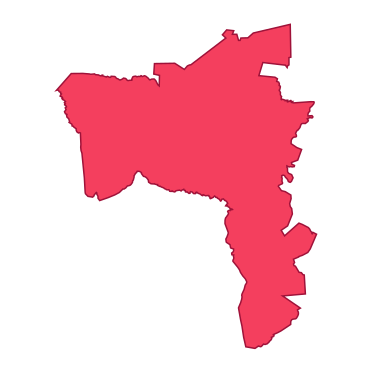 outline of Tierra Nueva, San Luis Potosí, Mexico, rotated 86°
{"feature_id": "50627088B99864279855032", "entity_name": "Tierra Nueva", "entity_type": "district", "adm_level": 2, "iso_a3": "MEX", "parent_name": "Mexico", "parent_adm1": "San Luis Potosí", "projection": "natural_earth1", "projection_center": [-100.486, 21.645], "detail": "fine", "context": "isolated", "style": "filled", "palette": "rose", "viewbox_px": 384, "rotation_deg": 86, "n_neighbors": 0, "source": "geoboundaries", "source_scale": "gbopen_adm2", "svg_char_len": 5897}
<svg xmlns="http://www.w3.org/2000/svg" viewBox="0 0 384 384"><g transform="rotate(86 192 192)"><path d="M350.2,149.1L352.4,140.1L351.4,138.2L350.6,137.2L350.6,136.6L350.3,136.2L351.1,134.7L351.0,133.8L350.0,132.5L348.7,131.3L349.2,129.8L348.6,127.4L348.0,126.8L347.1,125.6L346.3,125.2L345.5,123.9L344.2,122.9L343.5,122.6L342.5,122.9L342.2,122.0L342.2,121.5L341.5,121.0L341.3,120.3L340.2,120.2L339.8,120.6L338.4,116.6L336.8,113.0L331.0,102.8L328.0,102.5L326.4,101.5L325.9,100.2L325.7,97.4L325.1,96.6L323.6,95.5L321.7,94.5L320.6,94.3L319.1,94.3L318.1,94.9L316.9,95.0L315.4,92.0L302.0,108.9L301.6,86.0L282.6,85.8L282.2,87.1L280.1,88.5L279.6,90.8L273.2,94.0L272.6,95.4L270.9,95.8L269.5,94.6L266.1,95.5L264.4,90.5L264.0,90.2L264.1,89.9L263.7,89.5L262.9,86.4L260.4,80.7L257.0,78.0L242.8,70.7L240.7,74.2L242.0,75.1L241.7,75.3L240.9,75.1L239.4,76.3L237.2,77.2L235.6,78.4L232.0,84.3L230.5,87.5L242.2,102.7L236.4,105.7L232.5,99.0L220.9,93.4L215.5,93.7L213.4,95.0L210.4,95.4L205.6,93.6L201.9,93.6L198.1,99.0L196.9,102.7L192.3,105.5L191.5,105.1L190.0,101.3L189.3,101.0L187.5,101.5L184.4,101.1L183.7,101.6L183.1,101.3L182.0,101.4L181.6,100.4L181.6,99.5L182.2,98.5L183.9,97.7L185.3,96.4L186.7,95.6L188.2,95.2L188.9,94.2L189.2,93.3L188.4,92.1L184.9,90.2L181.6,91.4L180.1,94.3L178.8,95.1L178.1,95.3L175.1,95.1L174.0,95.6L172.6,95.5L173.8,93.4L173.5,91.7L174.0,90.4L173.8,88.2L172.6,87.9L171.3,90.5L169.5,90.7L167.6,84.3L157.2,79.7L155.0,84.3L150.7,89.8L147.4,89.4L146.1,88.7L144.8,87.4L144.4,86.5L144.3,84.6L143.9,84.0L142.7,83.9L140.6,84.6L138.4,83.2L137.7,82.5L137.6,81.9L135.2,79.8L132.3,78.6L131.5,77.8L131.3,76.6L131.6,74.2L129.7,71.4L128.4,70.9L127.9,71.6L126.8,71.9L126.5,70.4L125.9,69.2L126.4,68.0L126.4,66.8L126.1,66.4L125.2,66.2L124.2,67.0L124.2,70.9L122.8,71.0L121.1,70.4L119.5,68.8L117.7,68.9L116.0,68.3L115.0,66.7L112.8,64.6L111.4,63.9L110.5,64.1L110.2,67.2L110.2,84.3L109.7,86.1L108.8,85.3L108.8,86.2L108.5,86.4L108.8,86.5L108.5,87.7L107.8,87.6L108.8,90.2L108.6,90.6L107.6,90.1L107.4,90.5L107.4,91.6L107.1,91.2L107.1,92.3L105.8,95.2L106.1,96.4L105.7,96.6L105.3,96.3L104.4,96.5L103.0,96.0L102.0,96.8L100.6,97.1L99.1,96.8L97.2,97.5L97.0,97.8L96.4,97.9L95.7,97.2L93.2,96.5L92.0,97.0L91.8,97.6L90.1,97.3L88.4,97.9L87.6,99.8L85.0,98.9L83.3,101.2L80.6,117.2L67.8,112.3L72.0,90.0L74.5,88.4L72.7,87.8L72.0,86.4L64.7,85.9L64.4,84.0L31.6,82.3L37.7,119.8L42.1,125.5L41.8,132.5L44.1,133.4L44.0,135.0L37.8,136.3L37.5,140.7L34.0,139.1L32.7,146.1L37.3,150.7L40.8,147.5L65.0,184.2L65.1,185.7L65.9,187.8L69.2,191.1L62.4,200.2L61.3,220.5L71.7,221.9L73.4,216.3L83.9,217.3L82.6,218.6L78.5,220.3L76.8,221.6L76.6,222.1L76.6,224.5L77.2,226.1L77.0,226.6L75.3,227.8L73.2,230.1L72.7,231.4L73.3,233.2L73.3,233.7L72.5,234.4L72.4,234.8L73.1,235.5L73.2,235.9L72.9,236.8L73.2,239.0L72.5,240.0L72.6,241.9L73.1,243.1L75.4,244.3L76.0,244.0L76.3,244.4L76.2,246.4L76.4,247.9L76.1,248.8L74.8,249.6L74.0,250.6L73.6,252.4L74.5,253.7L75.2,255.6L75.1,256.5L73.9,258.0L73.4,259.4L72.1,260.2L71.4,261.0L70.9,264.6L71.8,265.1L72.0,265.8L70.7,268.4L71.3,269.4L69.9,273.0L69.2,272.9L69.1,273.6L69.7,273.8L69.8,274.8L69.2,276.4L68.7,277.0L68.2,280.2L67.4,280.9L67.5,284.8L67.1,286.0L66.1,292.6L65.4,304.2L81.1,320.1L80.9,319.2L81.3,318.0L82.5,317.6L83.1,316.9L83.2,316.1L84.5,316.1L85.1,315.4L86.4,316.6L87.3,316.8L87.7,315.5L88.6,314.7L89.5,314.5L89.5,315.2L90.7,314.7L91.2,313.6L92.9,311.9L94.0,313.1L95.2,312.2L95.7,312.9L96.1,313.0L97.8,311.3L98.4,311.3L99.2,312.6L101.0,311.9L103.0,313.6L105.1,312.8L105.8,311.4L106.3,311.8L108.6,311.5L110.3,309.9L113.2,309.2L114.0,309.8L116.0,307.1L117.8,307.0L118.1,305.9L119.3,305.1L120.7,303.2L122.4,303.2L123.9,302.7L125.2,301.2L124.9,300.4L125.3,299.2L136.8,299.5L139.6,299.9L142.9,299.8L145.6,299.1L170.5,298.4L184.8,298.6L186.3,298.4L189.1,296.1L190.2,291.5L189.0,290.0L188.3,289.9L185.8,287.5L186.3,287.0L187.6,287.1L189.6,286.1L191.7,286.2L194.1,284.7L191.8,276.2L189.5,269.2L187.4,264.5L184.2,260.7L184.3,259.6L183.3,257.8L181.4,256.0L181.3,254.5L180.8,253.0L180.0,252.1L178.4,250.8L176.7,250.4L176.0,249.7L172.9,248.7L171.8,248.7L170.7,247.8L169.4,247.1L168.8,245.9L167.6,245.4L167.5,245.0L167.6,244.1L167.8,243.0L168.6,241.7L169.2,241.1L170.0,241.2L173.0,239.3L173.5,237.7L174.7,236.3L176.9,234.8L179.2,234.6L180.9,232.4L181.3,229.8L181.1,229.1L181.5,228.7L182.2,226.6L182.2,225.8L183.0,225.9L184.2,223.7L184.1,223.1L184.8,222.4L185.9,219.9L186.7,219.3L187.3,217.9L187.8,217.5L188.1,216.7L188.1,214.9L189.7,214.2L190.0,212.7L189.7,212.3L189.7,211.5L190.0,211.5L190.7,209.4L190.5,208.7L189.8,208.1L189.5,207.0L189.3,204.2L190.2,202.8L189.5,202.0L188.7,200.0L189.9,199.6L190.0,198.6L191.4,198.5L191.7,197.9L191.5,197.0L193.2,195.1L193.1,194.1L192.0,193.9L191.5,193.3L192.2,191.6L193.6,190.7L193.9,188.9L193.6,188.2L192.7,188.2L192.5,187.8L192.6,187.0L193.6,186.2L194.6,184.0L196.0,182.5L196.4,181.7L196.3,181.4L195.6,181.3L195.5,180.9L196.7,178.8L196.6,176.1L196.8,175.4L197.7,175.3L198.4,174.5L199.5,174.5L199.9,174.2L199.8,173.6L198.8,171.1L197.6,169.8L198.2,169.0L199.0,168.6L199.2,167.4L199.9,167.1L201.2,165.2L203.0,164.2L202.8,163.5L201.3,162.7L201.1,161.1L202.7,160.0L202.8,159.2L205.0,157.4L206.1,157.2L206.6,158.2L208.2,159.4L208.4,158.7L208.2,157.7L209.4,156.9L209.8,156.0L211.3,155.1L211.8,153.3L212.3,152.9L212.6,155.0L213.0,155.3L212.7,155.5L213.2,157.2L213.5,157.5L214.1,157.8L215.4,157.1L216.1,157.2L217.0,157.6L220.4,160.4L222.4,161.0L225.9,161.3L234.7,158.7L236.0,158.8L239.3,160.3L241.3,161.5L243.8,161.4L244.6,161.2L247.2,157.8L250.2,157.4L250.7,157.1L251.7,154.5L253.6,154.6L254.6,155.2L255.7,156.7L257.4,156.6L257.8,154.8L258.7,155.2L260.3,154.9L261.6,155.1L262.9,155.9L264.0,156.0L270.1,151.7L272.9,150.1L275.7,149.2L279.4,147.1L282.3,144.9L285.2,143.7L286.4,143.8L288.6,145.4L292.8,146.8L297.0,149.1L298.4,149.6L300.1,149.4L302.4,149.9L305.8,151.2L310.8,153.7L323.1,152.4L329.3,151.5L340.5,150.6L350.2,149.1Z" fill="#f43f5e" stroke="#9f1239" stroke-width="1.5"/></g></svg>